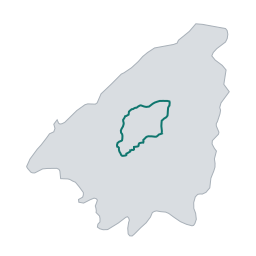 Central Bosnia on a map of Bosnia and Herzegovina (Equal Earth projection), rotated 93°
{"feature_id": "BIH-2226", "entity_name": "Central Bosnia", "entity_type": "Canton", "adm_level": 1, "iso_a3": "BIH", "parent_name": "Bosnia and Herzegovina", "parent_adm1": "", "projection": "equal_earth", "projection_center": [17.688, 44.116], "detail": "fine", "context": "in_parent", "style": "outline", "palette": "teal", "viewbox_px": 256, "rotation_deg": 93, "n_neighbors": 0, "source": "natural_earth", "source_scale": "10m", "svg_char_len": 3212}
<svg xmlns="http://www.w3.org/2000/svg" viewBox="0 0 256 256"><g transform="rotate(93 128 128)"><path d="M221.8,57.4L222.3,59.0L221.1,64.6L218.8,70.7L215.0,77.0L211.1,83.0L210.0,86.1L209.8,91.2L209.3,95.1L209.9,97.3L211.2,99.3L215.7,100.9L221.7,104.9L226.9,110.1L233.5,116.0L235.6,118.2L235.6,120.6L233.7,122.3L228.1,123.0L222.2,122.4L220.0,121.8L217.9,122.6L216.6,123.9L217.3,125.5L223.4,132.7L230.5,143.0L230.9,147.5L230.1,151.0L228.5,153.4L225.6,153.0L223.3,151.1L220.0,151.2L217.4,151.8L214.0,155.5L212.4,155.3L209.5,155.9L207.6,156.6L204.7,155.6L201.6,154.8L200.3,156.0L199.8,158.2L201.7,162.2L205.3,168.4L204.7,173.2L202.0,173.7L199.5,169.7L197.3,169.1L194.8,169.2L189.1,173.8L184.9,177.7L183.9,180.4L182.4,183.4L182.0,185.5L182.1,192.6L174.5,193.8L172.9,194.8L172.0,197.0L172.6,206.2L173.3,211.1L177.7,218.7L177.8,221.1L177.2,222.7L174.1,225.7L172.7,226.8L171.7,227.2L166.6,225.2L164.2,224.3L153.9,217.5L149.4,213.8L142.3,208.9L137.9,206.1L135.7,201.9L132.2,200.9L128.1,202.3L123.5,199.2L126.8,197.6L127.6,196.2L127.2,194.2L125.7,191.5L113.2,180.0L107.0,172.2L106.0,169.4L105.9,161.9L104.5,160.1L95.3,156.7L85.1,147.0L74.5,137.5L73.1,134.9L67.7,127.7L61.1,121.2L55.8,117.0L51.5,112.3L46.7,105.7L44.3,95.7L42.2,86.9L40.7,83.4L37.7,82.2L28.3,71.8L20.4,65.7L20.6,59.1L22.0,48.2L23.6,35.8L25.5,34.1L29.2,33.2L33.4,33.6L37.0,35.1L44.1,43.5L48.1,46.8L51.6,48.1L55.6,44.5L60.6,37.1L64.9,33.1L79.4,34.6L86.5,28.8L98.0,36.4L102.7,37.5L105.4,36.5L109.0,36.9L117.1,39.1L119.0,40.1L121.4,39.9L127.4,37.0L129.4,37.3L136.2,43.1L139.6,43.2L143.8,40.7L146.4,38.5L154.3,40.1L158.8,39.2L162.5,39.1L166.5,40.1L170.2,41.4L173.8,42.6L183.5,43.2L188.2,46.8L190.1,50.4L190.1,52.6L190.6,54.9L193.3,57.2L199.1,58.5L202.8,58.2L204.8,58.1L209.7,56.0L215.6,55.0L219.8,56.2L221.8,57.4Z" fill="#d9dde1" stroke="#a8b0b8" stroke-width="1"/><path d="M104.7,116.4L105.2,114.7L105.7,113.0L106.0,110.9L105.5,108.1L102.5,104.6L101.2,102.6L100.2,100.2L99.3,97.7L99.1,94.5L98.9,90.1L99.3,88.0L100.6,87.7L103.5,87.8L104.2,88.4L105.7,89.0L108.9,89.1L111.6,89.1L113.6,89.2L115.3,90.4L116.8,92.6L117.9,93.6L118.9,94.7L120.9,94.8L124.4,94.8L129.3,94.0L131.7,94.1L131.8,94.0L132.3,95.1L132.9,96.8L134.0,97.8L135.1,99.1L135.3,100.5L135.1,103.5L135.2,107.3L135.9,109.1L137.8,110.8L139.2,112.1L140.8,111.8L141.8,112.0L141.8,113.1L142.2,114.7L142.6,115.9L143.7,116.5L144.6,116.5L145.2,116.5L145.9,117.2L146.2,118.8L146.6,121.0L147.5,121.0L149.1,120.9L149.6,121.4L149.7,122.4L149.6,123.1L150.2,123.9L150.2,124.6L150.9,124.6L151.4,124.6L151.8,125.2L153.2,127.3L153.7,128.3L154.3,128.3L155.0,128.2L155.5,128.7L156.0,131.0L156.1,132.2L155.8,132.9L155.0,133.6L153.8,134.1L152.1,135.3L150.3,135.9L148.1,136.1L147.4,136.9L147.2,137.8L145.6,138.1L143.8,137.7L143.6,137.7L142.1,136.1L141.8,135.4L141.2,134.0L141.0,133.7L140.6,133.3L138.9,133.1L136.2,133.1L134.5,133.5L133.5,134.3L133.0,134.7L130.9,135.0L129.0,134.3L126.7,133.1L124.1,132.5L122.7,132.7L121.6,133.1L120.1,133.3L118.6,132.4L117.4,131.8L116.4,131.5L116.1,130.4L114.6,128.1L113.0,128.0L111.6,127.9L110.6,127.0L109.7,126.0L109.1,125.4L108.8,123.9L108.3,123.3L108.1,123.0L107.4,121.8L107.4,120.9L107.0,120.1L106.0,119.0L105.0,117.4L104.7,116.4Z" fill="none" stroke="#0f766e" stroke-width="2"/></g></svg>